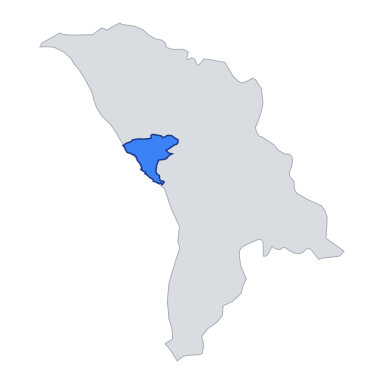 where Ungheni sits in Moldova
{"feature_id": "MDA-1623", "entity_name": "Ungheni", "entity_type": "District", "adm_level": 1, "iso_a3": "MDA", "parent_name": "Moldova", "parent_adm1": "", "projection": "equal_earth", "projection_center": [27.914, 47.242], "detail": "fine", "context": "in_parent", "style": "filled", "palette": "blue", "viewbox_px": 384, "rotation_deg": 0, "n_neighbors": 0, "source": "natural_earth", "source_scale": "10m", "svg_char_len": 2889}
<svg xmlns="http://www.w3.org/2000/svg" viewBox="0 0 384 384"><path d="M40.0,47.0L41.9,43.2L59.7,33.0L64.2,34.7L73.5,35.1L92.4,34.7L101.7,28.0L107.4,29.9L112.1,26.8L119.9,23.0L121.0,23.8L122.0,24.4L134.0,26.1L143.1,29.8L149.1,35.4L155.3,38.9L161.8,40.2L165.4,43.0L166.1,47.3L172.1,49.4L183.5,49.3L188.3,52.1L186.6,57.8L187.7,59.7L191.8,57.7L194.8,59.4L196.5,63.6L198.3,65.6L204.0,59.0L210.2,59.7L225.0,62.4L232.9,76.1L237.9,81.0L242.2,83.0L247.7,80.9L252.5,78.3L255.3,79.5L261.3,88.6L262.8,100.5L262.8,105.3L260.7,113.3L257.8,122.0L255.4,127.6L256.5,132.1L258.6,135.8L262.2,137.1L273.7,144.7L278.1,150.0L284.4,154.0L289.1,154.2L291.6,156.4L292.5,159.1L291.9,165.9L289.3,172.3L289.7,176.4L293.9,181.3L294.4,186.9L294.8,190.6L297.0,193.4L307.7,199.6L321.4,205.7L325.0,210.9L327.2,217.4L326.6,228.5L325.9,238.2L344.0,251.2L342.0,253.6L339.2,256.2L322.1,258.2L318.6,259.3L311.0,249.5L307.1,248.3L303.4,251.9L299.1,253.9L293.9,252.9L288.3,249.9L285.5,247.7L283.2,247.5L279.8,249.6L275.1,248.7L272.1,246.3L267.8,254.6L265.1,256.3L263.4,256.1L263.0,242.0L261.7,239.8L258.2,239.5L249.9,242.9L241.9,247.2L239.3,251.0L239.6,258.0L240.8,266.3L246.3,278.9L243.3,284.4L241.3,293.1L232.8,301.2L223.1,305.9L222.3,315.5L217.0,322.1L207.8,328.6L201.6,336.6L203.2,342.0L203.6,347.1L202.6,350.6L202.3,353.3L199.9,354.5L185.8,355.5L181.8,357.2L177.3,361.0L172.9,353.8L168.4,347.5L165.2,344.1L166.5,342.6L170.1,340.8L172.6,338.7L172.3,331.2L170.4,322.6L168.7,318.5L168.5,312.0L167.3,301.9L169.0,283.1L176.0,259.6L179.8,248.0L177.9,241.6L179.4,226.7L176.3,219.4L171.6,209.8L164.8,189.0L156.3,181.7L145.9,173.8L141.5,167.8L138.5,161.2L132.3,154.7L125.2,148.6L116.7,133.6L112.4,126.9L111.0,125.0L101.4,115.4L96.3,106.8L93.8,99.7L92.3,93.1L85.6,80.1L79.5,70.3L73.7,63.4L71.0,58.5L64.2,52.3L54.5,47.4L48.1,46.6L40.0,47.0Z" fill="#d9dde1" stroke="#a8b0b8" stroke-width="1"/><path d="M159.3,183.6L157.4,182.9L155.4,181.7L153.3,181.4L153.2,179.8L152.1,178.9L149.7,177.5L147.0,174.9L146.2,174.4L145.4,174.1L145.0,173.8L145.6,173.0L145.6,172.2L141.8,170.4L140.8,169.2L141.8,168.9L141.9,168.5L141.7,167.8L141.4,166.9L140.2,163.8L138.1,161.3L137.1,159.9L137.2,158.5L135.5,155.9L134.6,155.0L132.4,154.5L131.7,154.2L131.1,153.7L130.2,153.2L127.8,152.7L127.2,152.4L126.1,150.8L124.0,146.4L123.0,145.7L123.7,145.2L125.9,143.4L131.1,141.6L132.7,139.8L138.3,139.0L144.1,139.1L150.1,138.5L151.2,137.8L151.1,135.3L152.2,134.6L154.3,134.5L156.4,135.0L161.0,135.8L162.7,137.4L164.2,137.1L167.6,135.4L171.6,135.6L174.7,137.9L178.0,139.9L177.9,142.8L176.4,144.4L174.2,145.0L169.2,148.6L166.0,150.0L168.6,153.0L172.2,153.9L169.1,155.4L166.4,158.6L163.5,159.6L160.9,159.7L158.6,160.2L156.6,165.2L155.9,171.0L156.5,173.5L157.9,174.8L158.5,175.0L159.2,175.4L159.5,176.8L159.5,178.4L160.4,180.8L162.6,181.0L164.2,181.9L163.0,183.8L161.9,184.8L161.8,184.7L161.0,182.9L159.3,183.6Z" fill="#3b82f6" stroke="#1e3a8a" stroke-width="1.5"/></svg>